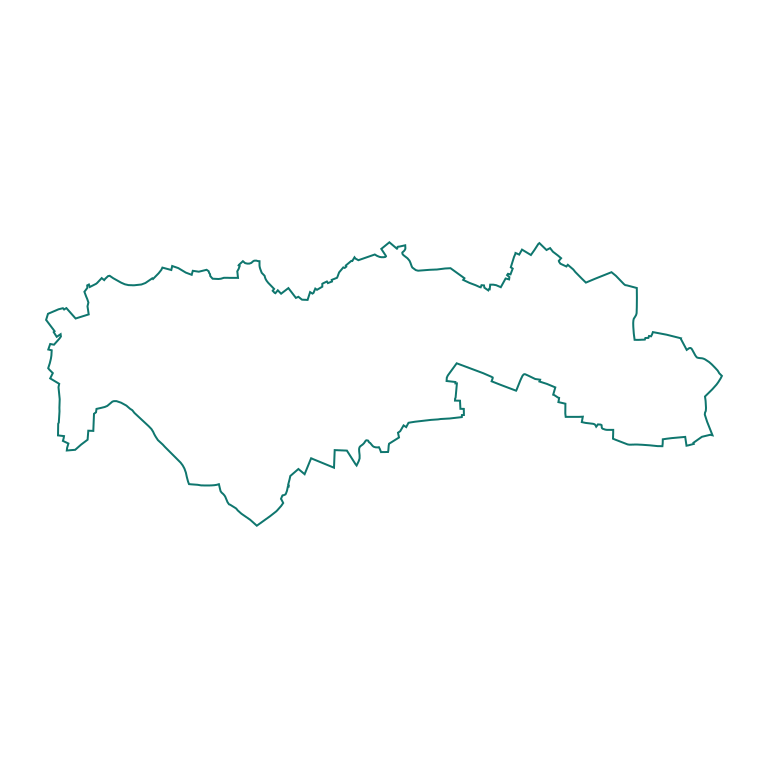 Van Lam, Hưng Yên, Vietnam
{"feature_id": "81297802B83094530275497", "entity_name": "Van Lam", "entity_type": "district", "adm_level": 2, "iso_a3": "VNM", "parent_name": "Vietnam", "parent_adm1": "Hưng Yên", "projection": "albers", "projection_center": [106.05, 20.973], "detail": "fine", "context": "isolated", "style": "outline", "palette": "teal", "viewbox_px": 768, "rotation_deg": 0, "n_neighbors": 0, "source": "geoboundaries", "source_scale": "gbopen_adm2", "svg_char_len": 6044}
<svg xmlns="http://www.w3.org/2000/svg" viewBox="0 0 768 768"><path d="M681.0,338.3L666.6,334.7L652.9,332.1L652.1,334.3L651.1,336.3L649.0,336.0L648.4,337.9L645.4,338.0L644.8,339.6L637.8,339.9L634.6,339.8L633.8,333.7L633.3,326.9L633.2,323.1L633.4,320.4L633.8,318.7L635.0,316.9L636.1,315.0L636.6,313.2L636.8,307.3L636.9,297.7L636.8,288.0L627.0,285.4L625.2,285.1L623.9,284.1L615.9,275.8L611.5,272.2L595.2,278.7L585.9,282.6L581.8,278.6L575.3,272.0L573.3,269.5L567.8,264.8L566.4,266.5L560.4,263.7L559.2,262.0L558.8,260.9L561.1,258.2L557.9,255.5L552.9,251.7L550.1,248.1L546.5,250.0L539.4,243.1L538.3,244.0L534.5,249.9L530.9,255.0L522.0,249.6L519.2,254.6L517.0,253.6L515.5,253.0L515.3,254.0L514.0,257.0L510.8,267.3L512.7,268.6L510.5,274.4L508.0,273.8L507.1,275.1L509.4,277.1L509.1,279.4L505.6,278.5L500.8,287.2L496.2,285.2L493.4,284.7L490.2,284.7L489.7,289.3L488.9,289.2L488.3,290.4L484.4,287.7L484.0,285.4L481.5,285.2L480.7,287.3L479.8,287.1L475.6,285.2L469.5,282.9L463.2,279.9L464.4,278.2L450.5,268.2L445.0,268.5L437.0,269.5L429.8,269.8L418.1,270.7L415.8,270.1L412.4,267.6L411.8,266.6L410.4,262.7L409.5,260.7L407.5,258.3L403.5,255.2L402.7,254.3L402.4,253.6L402.3,252.6L402.5,252.3L404.1,250.9L405.1,249.5L405.4,248.2L405.2,245.3L399.3,246.6L398.0,246.7L397.5,247.1L397.2,248.6L396.9,248.7L389.4,242.3L381.3,248.9L385.9,255.9L386.0,256.3L385.4,256.9L383.8,257.2L381.4,257.2L379.6,256.9L377.1,255.9L374.8,254.5L358.4,260.2L355.5,258.6L354.5,257.3L352.3,261.0L351.3,260.9L345.8,265.5L346.3,266.6L344.7,267.9L343.3,267.4L339.1,272.4L337.6,276.5L337.0,277.8L331.7,279.9L332.0,281.5L327.9,283.1L326.9,281.5L323.1,283.3L322.3,283.8L322.3,286.7L317.0,289.8L315.3,288.6L313.5,292.9L312.5,293.6L310.1,292.1L307.6,299.9L302.7,299.7L301.9,299.6L298.4,296.8L295.9,297.9L288.4,288.1L281.1,293.7L277.8,290.3L275.4,293.2L274.6,292.8L272.7,290.8L274.1,288.9L268.1,282.7L266.5,280.6L265.6,279.0L265.0,277.4L264.6,275.8L261.7,272.8L260.2,268.8L259.7,267.0L259.5,265.5L259.5,261.2L258.0,261.1L256.2,260.6L254.2,260.7L253.1,261.3L251.3,262.9L249.3,263.6L247.3,263.6L245.1,263.1L242.9,261.2L238.8,265.0L238.6,265.4L239.7,266.0L238.6,269.0L237.3,271.3L238.0,277.9L223.9,277.8L221.0,278.7L218.4,279.0L212.6,278.7L210.3,276.1L210.0,274.1L209.2,273.0L208.6,271.2L206.6,269.8L198.8,271.7L192.8,270.8L191.7,274.8L185.8,272.6L178.3,268.1L172.2,266.0L171.3,270.0L162.4,267.6L161.3,269.9L158.6,273.3L153.0,279.0L152.3,278.3L145.4,283.0L141.4,284.5L133.9,285.3L128.5,285.1L124.9,284.3L121.2,282.7L113.2,278.2L109.7,275.8L108.1,276.1L105.3,278.7L104.2,280.1L101.7,278.1L97.2,282.9L96.1,283.8L89.8,287.0L88.9,284.5L87.2,285.4L87.4,287.8L84.4,291.8L86.2,296.6L87.2,298.9L88.4,302.5L87.5,306.3L88.7,314.4L75.6,318.5L66.4,308.1L65.6,308.5L64.1,309.5L62.9,308.2L58.5,309.3L48.0,313.8L46.1,319.9L54.6,331.2L53.7,332.1L56.7,336.8L60.6,334.2L60.9,336.5L59.5,338.5L54.0,344.7L50.2,344.0L48.3,349.5L51.7,350.3L51.4,355.5L50.9,358.7L49.8,363.2L48.2,368.2L49.3,369.6L52.8,373.1L50.2,378.4L59.2,383.8L58.5,387.2L59.7,399.2L59.4,407.8L59.5,411.3L58.8,422.6L58.2,423.7L58.0,435.4L64.0,436.1L63.6,438.5L62.9,440.9L68.4,443.5L67.1,447.9L66.8,450.5L75.2,449.8L81.1,444.6L87.6,439.7L88.3,430.7L93.3,430.9L94.0,413.8L96.0,412.3L96.5,408.9L100.6,408.0L104.7,407.0L107.3,405.9L112.4,401.6L114.0,401.1L116.4,401.1L121.1,402.7L126.4,405.6L130.1,408.8L132.3,410.2L134.4,412.9L148.7,426.2L151.4,429.0L153.1,431.7L154.3,434.3L155.6,436.6L157.9,440.1L162.8,444.6L164.9,446.9L180.6,462.6L182.7,465.4L184.4,468.5L185.9,472.7L186.8,476.9L188.0,481.4L189.0,484.1L190.9,484.3L197.7,484.8L201.2,485.4L208.0,485.5L211.4,485.4L214.3,485.2L216.8,484.8L218.9,484.2L220.2,489.7L220.6,491.2L221.6,492.6L223.2,494.0L224.5,495.5L225.3,496.8L227.5,502.1L229.0,504.3L230.1,504.7L235.9,508.3L236.6,509.0L237.7,510.4L241.4,513.7L250.2,519.8L256.8,525.7L270.2,516.1L276.2,511.4L277.3,510.3L281.2,505.9L283.2,503.0L281.7,500.0L281.0,498.9L282.3,495.7L282.6,495.3L283.4,495.3L285.5,494.4L286.0,493.4L287.0,490.7L287.8,486.9L288.6,486.8L288.8,485.4L288.1,485.0L289.6,479.2L290.3,476.0L298.4,469.0L304.6,474.2L311.1,458.3L334.0,467.7L334.7,450.1L346.9,450.6L355.6,464.3L356.6,465.5L358.7,461.2L359.6,458.4L359.6,455.2L359.2,451.6L359.1,449.1L359.3,448.0L359.7,447.0L360.5,446.1L362.7,444.5L364.0,443.2L365.7,440.7L366.3,440.3L367.8,440.5L368.2,440.7L368.6,441.6L369.2,442.4L370.2,443.0L372.6,445.9L373.6,446.7L375.5,447.3L376.9,447.4L377.9,447.4L378.9,447.2L379.9,449.1L381.0,452.1L388.0,452.0L388.3,450.8L388.7,445.7L389.1,443.7L399.0,437.5L398.0,432.7L400.2,431.2L403.6,425.4L406.2,427.1L408.5,422.8L410.7,422.4L415.2,421.7L430.9,419.9L438.0,419.4L440.8,419.0L449.6,418.5L461.8,417.1L461.9,415.1L463.9,415.0L463.8,408.9L460.4,408.8L460.0,400.7L455.0,400.6L455.1,398.6L455.6,397.6L456.9,383.4L455.4,383.4L455.4,382.0L446.6,381.0L446.8,377.7L447.8,375.5L456.7,363.3L483.2,373.2L491.5,376.8L492.7,377.5L492.7,378.2L491.6,381.3L501.0,385.0L516.1,390.7L516.5,390.0L520.3,380.5L521.2,378.5L522.5,375.8L523.6,374.5L524.4,374.2L525.3,374.3L528.4,375.7L535.2,379.0L540.1,379.7L539.4,381.5L546.9,383.9L555.3,387.4L553.2,394.7L554.3,395.1L558.1,397.6L559.1,397.9L559.0,398.9L558.4,402.1L565.4,403.7L565.3,413.5L565.7,416.9L578.2,416.9L582.8,416.7L581.8,422.1L585.5,422.9L593.1,423.8L594.6,424.3L595.5,425.3L596.2,426.7L597.1,425.6L597.9,424.4L600.7,424.6L601.6,425.2L601.7,427.1L602.0,428.1L602.6,428.7L605.2,429.6L607.1,429.9L613.2,429.9L613.2,432.3L613.0,438.7L614.9,439.5L627.6,444.4L629.5,444.7L636.4,444.5L642.5,444.8L649.6,445.3L657.5,446.1L662.4,446.2L662.7,443.4L662.8,439.3L666.9,438.7L671.8,438.1L685.2,436.9L686.5,445.7L688.5,445.3L693.8,443.9L693.4,442.8L701.9,436.8L710.2,434.8L712.5,435.3L707.1,421.7L704.8,414.6L705.0,412.7L705.8,410.9L706.0,407.9L705.6,400.9L705.0,396.5L712.3,389.3L716.5,384.6L718.2,382.3L720.7,378.3L721.9,375.9L719.2,373.2L718.8,372.4L717.6,370.5L715.4,368.1L711.8,364.4L709.2,362.1L705.1,359.4L703.6,358.7L702.1,358.3L698.9,358.0L697.2,357.6L696.4,356.9L695.3,355.4L692.2,349.7L691.4,348.5L690.4,348.0L689.3,348.1L686.7,349.9L680.8,338.8L681.0,338.3Z" fill="none" stroke="#0f766e" stroke-width="2"/></svg>